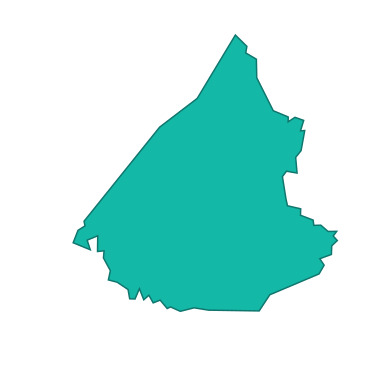 the district of Hopkins, Kentucky, United States of America, rotated 341°
{"feature_id": "52423323B92767937246605", "entity_name": "Hopkins", "entity_type": "district", "adm_level": 2, "iso_a3": "USA", "parent_name": "United States of America", "parent_adm1": "Kentucky", "projection": "natural_earth1", "projection_center": [-87.533, 37.338], "detail": "fine", "context": "isolated", "style": "filled", "palette": "teal", "viewbox_px": 384, "rotation_deg": 341, "n_neighbors": 0, "source": "geoboundaries", "source_scale": "gbopen_adm2", "svg_char_len": 919}
<svg xmlns="http://www.w3.org/2000/svg" viewBox="0 0 384 384"><g transform="rotate(341 192 192)"><path d="M80.4,184.5L79.8,189.2L71.8,191.1L63.1,201.3L77.0,213.5L77.2,203.4L88.6,202.7L83.3,217.5L89.7,219.0L86.8,225.5L89.2,239.8L84.3,247.9L91.7,252.8L99.8,263.4L98.3,272.7L103.3,274.6L110.8,266.3L111.3,278.2L117.6,275.6L119.2,284.2L126.7,283.9L130.6,294.1L134.3,293.7L142.1,301.0L156.3,302.2L169.2,309.1L216.8,326.3L232.1,314.5L285.5,310.8L293.1,304.2L291.1,296.7L303.5,296.4L306.6,288.4L313.6,285.2L311.2,279.6L316.0,276.3L307.8,273.6L303.0,265.3L296.3,263.2L297.4,258.0L287.0,249.3L289.3,243.3L277.8,236.1L278.6,229.1L282.5,206.9L288.1,203.1L297.5,208.3L301.3,193.0L308.6,188.4L318.6,170.6L314.5,169.5L320.9,160.7L313.7,154.9L305.8,156.9L307.4,152.4L295.3,141.6L290.4,105.1L296.1,87.4L288.1,78.0L291.3,72.2L284.1,57.7L227.4,105.2L182.6,120.1L80.4,184.5Z" fill="#14b8a6" stroke="#0f766e" stroke-width="1.5"/></g></svg>